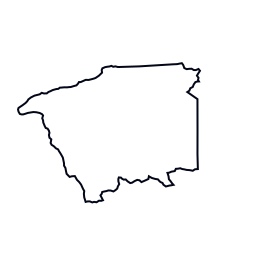 outline of Piquet Carneiro, Ceará, Brazil, rotated 63°
{"feature_id": "56859067B98539015493985", "entity_name": "Piquet Carneiro", "entity_type": "district", "adm_level": 2, "iso_a3": "BRA", "parent_name": "Brazil", "parent_adm1": "Ceará", "projection": "mercator", "projection_center": [-39.446, -5.857], "detail": "fine", "context": "isolated", "style": "outline", "palette": "ink", "viewbox_px": 256, "rotation_deg": 63, "n_neighbors": 0, "source": "geoboundaries", "source_scale": "gbopen_adm2", "svg_char_len": 2362}
<svg xmlns="http://www.w3.org/2000/svg" viewBox="0 0 256 256"><g transform="rotate(63 128 128)"><path d="M174.6,199.3L175.1,197.3L176.1,195.3L178.1,193.6L178.4,191.8L179.9,189.7L179.6,186.8L180.7,185.0L181.0,183.1L178.7,183.1L175.5,183.1L174.8,181.4L173.3,180.0L173.9,177.6L174.4,175.9L174.7,173.9L175.9,171.8L177.9,169.8L177.7,167.6L177.1,165.1L175.4,163.5L174.0,161.3L171.2,160.8L169.1,159.8L167.9,158.6L169.0,156.8L170.6,156.3L172.0,155.3L172.8,153.4L175.3,152.6L178.1,151.0L178.6,149.1L178.3,146.3L178.4,143.4L179.8,141.5L182.3,140.6L182.5,137.7L182.6,135.3L182.7,133.0L180.5,131.3L181.9,130.4L183.4,129.4L185.8,126.8L187.4,124.6L189.3,124.2L190.9,123.6L192.6,122.2L194.6,122.2L197.3,120.8L198.1,117.2L198.7,115.4L199.3,113.3L197.0,113.9L194.7,114.2L192.2,114.8L189.4,113.8L185.9,113.2L186.5,111.6L186.6,109.3L187.6,105.9L186.1,103.9L186.9,102.1L187.6,99.7L189.1,98.4L190.5,96.5L191.8,95.0L193.6,92.1L195.5,89.7L195.2,87.0L196.3,84.4L182.9,78.0L162.0,67.3L133.8,53.0L122.9,58.8L122.6,56.4L120.9,54.5L120.8,51.6L119.0,49.6L117.7,47.1L118.0,45.3L118.7,43.7L117.0,43.8L115.3,42.4L112.6,42.8L111.3,40.7L109.7,37.9L107.4,38.4L107.2,41.2L106.3,43.0L104.1,44.4L103.1,46.5L102.2,49.0L100.2,50.6L96.9,50.2L94.7,50.6L94.0,53.0L93.4,55.2L91.5,59.4L78.2,90.0L69.1,109.3L67.4,111.2L66.7,113.4L65.1,114.6L64.8,116.5L64.0,118.7L63.4,120.7L63.2,123.7L64.4,125.1L66.9,126.0L68.2,130.2L68.7,134.3L68.4,136.3L67.9,138.7L67.3,141.3L65.9,143.8L65.6,149.3L64.8,150.9L65.7,152.2L66.6,154.6L66.0,157.5L65.5,160.4L64.7,162.2L64.1,163.9L62.9,166.1L61.9,168.6L61.1,170.5L61.5,172.2L60.7,174.4L60.0,178.0L60.0,180.3L59.8,182.5L60.3,184.7L59.0,187.3L57.5,188.9L57.9,191.4L56.7,196.6L56.7,200.6L57.3,203.8L58.4,205.6L59.2,207.9L59.8,211.4L60.4,216.4L61.6,217.6L63.7,218.1L66.3,218.0L67.5,216.8L68.3,215.2L68.8,212.5L69.1,210.4L70.8,205.1L72.3,202.6L74.6,199.8L76.7,198.3L78.3,198.0L80.4,200.0L82.6,200.2L84.7,201.0L88.4,201.3L90.6,201.3L92.1,199.9L94.5,199.7L96.7,200.2L98.3,201.6L101.0,202.4L103.3,201.5L106.2,203.7L108.3,203.7L110.5,202.4L113.5,201.4L115.3,200.0L117.3,200.0L120.1,199.7L122.2,199.6L124.8,199.5L130.3,201.0L132.6,202.1L135.2,201.9L138.6,202.9L141.0,203.5L145.1,202.2L145.5,200.0L146.7,197.2L151.0,197.0L154.1,196.0L157.1,195.5L159.7,195.6L161.7,195.7L164.3,195.6L166.6,197.2L170.0,198.5L172.4,198.9L174.6,199.3Z" fill="none" stroke="#020617" stroke-width="2"/></g></svg>